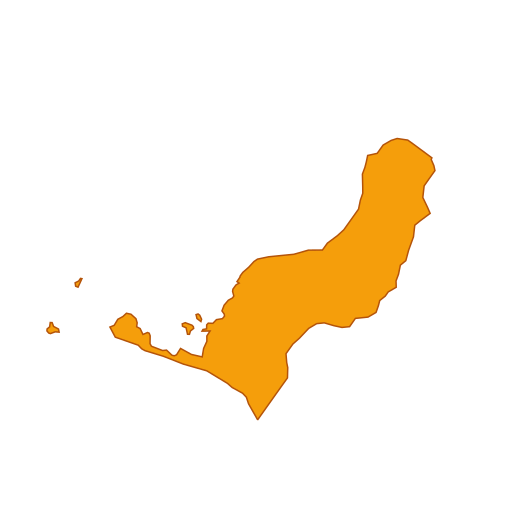 outline of Kumya, Hamgyŏng-namdo, North Korea, rotated 125°
{"feature_id": "82179303B64116140751716", "entity_name": "Kumya", "entity_type": "district", "adm_level": 2, "iso_a3": "PRK", "parent_name": "North Korea", "parent_adm1": "Hamgyŏng-namdo", "projection": "equal_earth", "projection_center": [127.363, 39.407], "detail": "fine", "context": "isolated", "style": "filled", "palette": "amber", "viewbox_px": 512, "rotation_deg": 125, "n_neighbors": 0, "source": "geoboundaries", "source_scale": "gbopen_adm2", "svg_char_len": 2311}
<svg xmlns="http://www.w3.org/2000/svg" viewBox="0 0 512 512"><g transform="rotate(125 256 256)"><path d="M282.3,257.2L282.5,257.0L287.9,256.9L287.9,254.3L291.2,255.8L296.4,255.9L298.4,254.9L301.5,251.2L303.8,251.2L308.1,253.3L314.6,253.9L320.5,252.4L321.8,248.7L323.4,247.3L326.6,247.6L330.8,251.9L335.9,252.7L338.4,256.6L340.7,256.9L344.0,254.7L346.6,257.3L348.5,257.1L343.8,250.6L349.7,250.4L354.1,247.3L361.7,245.9L369.5,242.2L373.7,252.5L375.0,264.8L382.5,264.4L384.6,265.7L385.5,267.9L384.4,275.3L387.0,278.3L389.5,288.3L389.9,289.9L388.6,292.5L382.1,296.9L380.5,299.2L380.9,301.0L385.1,303.6L381.9,309.3L382.4,313.2L378.9,315.0L376.2,318.4L375.4,325.0L377.2,329.3L381.9,330.3L387.1,332.9L394.1,332.4L398.0,334.9L403.0,325.1L403.2,324.7L396.6,301.3L397.6,296.4L397.2,292.6L391.3,274.5L386.2,253.4L382.4,242.4L378.3,230.5L376.7,206.3L377.4,200.1L376.1,188.3L377.2,182.9L381.3,177.4L389.0,161.2L389.3,160.8L389.5,160.7L373.4,160.6L358.2,160.5L346.3,160.4L337.8,160.3L329.2,166.0L325.7,169.7L318.8,175.4L306.9,175.3L298.5,173.3L285.0,171.3L276.6,167.5L271.6,161.7L268.4,152.2L265.2,144.6L260.2,138.8L253.5,138.8L250.1,138.8L245.1,133.0L241.8,129.2L233.4,125.3L226.6,127.2L221.5,129.1L214.7,127.1L209.6,127.1L201.2,123.2L199.3,124.6L196.1,127.0L189.2,128.8L180.7,132.5L173.9,130.6L163.7,134.3L150.0,138.0L139.7,143.6L133.0,141.7L121.2,137.8L117.7,143.5L112.4,152.9L102.1,158.5L93.6,158.5L83.4,158.4L79.9,162.2L76.4,167.9L74.7,168.2L74.6,171.6L74.3,183.0L74.1,190.6L74.0,198.2L78.8,207.8L83.8,211.6L92.2,215.5L102.4,215.6L109.6,222.2L115.9,219.5L121.0,217.6L127.9,215.8L138.2,208.2L143.4,204.5L150.2,202.6L158.8,198.9L172.4,199.0L184.2,199.1L192.7,201.0L204.5,204.9L213.0,205.0L221.2,216.5L232.9,226.0L239.5,233.7L249.4,245.2L257.7,253.0L261.7,254.5L269.3,255.5L277.0,257.4L281.3,257.5L282.3,257.2ZM437.3,384.3L438.0,381.6L437.5,379.9L433.3,377.0L431.3,373.6L429.1,375.9L429.8,381.4L427.5,384.8L428.5,386.4L432.4,384.4L435.6,385.3L437.3,384.3ZM351.1,265.5L349.8,266.8L349.4,268.8L351.2,275.7L353.9,277.5L355.7,275.9L354.9,272.1L359.4,267.2L358.3,265.6L355.0,266.7L351.1,265.5ZM384.2,386.4L383.6,383.9L374.4,385.6L375.0,386.9L378.2,386.9L381.7,388.8L384.2,386.4ZM341.1,268.5L341.3,263.5L339.0,264.3L336.8,268.1L336.7,270.2L338.4,271.5L341.1,268.5Z" fill="#f59e0b" stroke="#b45309" stroke-width="1.5"/></g></svg>